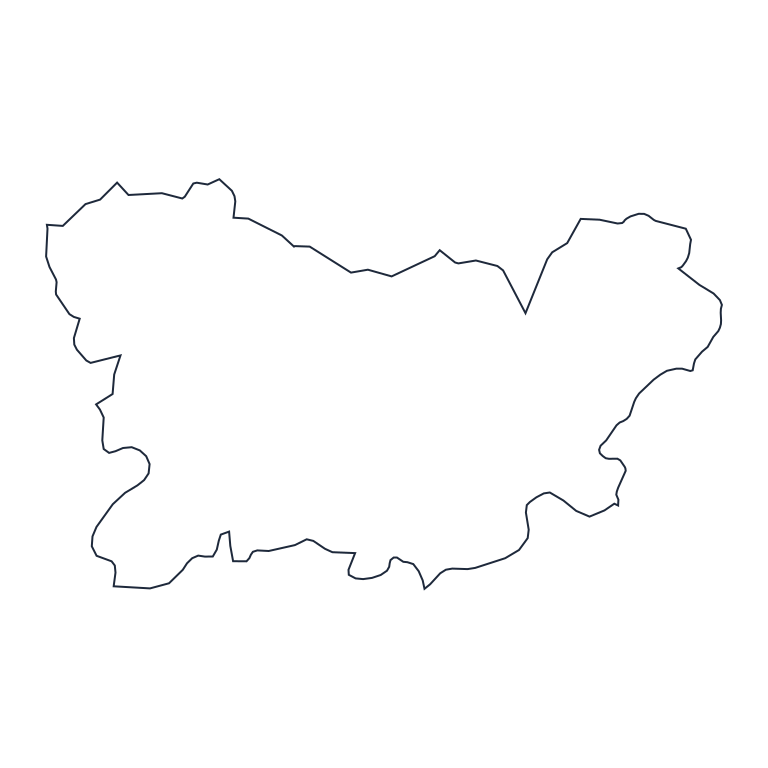 the Autonomous Community of Orense
{"feature_id": "ESP-5838", "entity_name": "Orense", "entity_type": "Autonomous Community", "adm_level": 1, "iso_a3": "ESP", "parent_name": "Spain", "parent_adm1": "", "projection": "natural_earth1", "projection_center": [-7.513, 42.192], "detail": "fine", "context": "isolated", "style": "outline", "palette": "slate", "viewbox_px": 768, "rotation_deg": 0, "n_neighbors": 0, "source": "natural_earth", "source_scale": "10m", "svg_char_len": 2719}
<svg xmlns="http://www.w3.org/2000/svg" viewBox="0 0 768 768"><path d="M109.1,452.9L103.7,449.0L102.3,440.4L103.7,417.5L99.9,409.5L96.1,404.4L112.6,394.0L114.2,374.5L120.5,355.4L90.6,362.9L86.3,360.5L76.9,349.7L74.3,344.6L73.9,338.1L79.7,318.7L73.8,316.9L69.4,314.1L56.1,294.5L55.8,291.5L56.6,282.2L56.0,279.5L49.5,267.0L46.1,256.5L47.5,228.6L46.9,224.8L62.8,225.9L85.5,204.1L100.1,199.6L117.1,182.6L128.5,195.0L161.9,193.2L182.3,198.5L184.8,196.7L193.3,183.5L196.8,182.7L207.7,184.5L219.3,179.2L231.9,190.8L234.5,196.2L235.3,201.4L233.5,217.7L248.3,218.6L281.9,235.5L294.0,246.6L294.7,246.1L309.7,246.6L351.0,272.6L367.9,269.7L391.6,276.4L434.7,256.2L439.7,250.2L455.1,262.5L458.4,263.4L475.9,260.5L497.4,266.0L503.1,270.4L525.5,313.2L547.2,259.3L552.2,252.3L567.2,243.1L580.7,218.9L599.5,219.7L617.6,223.5L622.2,223.0L623.9,221.6L624.6,220.4L626.5,218.7L630.5,216.4L638.7,213.8L644.2,213.9L648.6,215.8L653.8,219.9L655.7,220.9L685.8,228.7L691.0,239.8L690.2,244.0L689.2,253.1L687.8,257.7L686.0,261.2L682.8,265.6L681.4,267.1L678.3,268.4L699.4,284.9L713.6,293.5L719.9,300.1L721.9,304.9L720.9,308.8L720.7,312.8L721.1,320.4L720.9,324.1L719.9,327.7L718.3,331.1L713.3,336.9L707.7,346.9L702.0,351.7L695.3,359.4L694.0,363.4L692.7,370.3L690.3,371.0L682.2,368.7L676.2,368.7L666.9,370.8L660.3,374.7L653.6,379.7L639.1,393.5L635.9,398.2L634.2,401.9L629.6,415.7L626.7,418.9L623.2,421.1L619.7,422.5L616.5,425.3L606.2,440.4L600.6,445.7L599.1,449.8L599.9,453.3L602.7,456.0L605.7,458.2L608.9,458.8L617.4,458.7L620.3,460.4L624.7,466.8L625.4,468.4L625.7,470.8L618.2,487.6L616.8,491.6L616.3,494.7L618.4,499.7L618.1,505.4L618.1,505.5L614.3,503.7L604.5,510.4L589.5,516.6L576.2,510.9L563.4,500.5L549.8,492.5L543.8,493.4L536.4,497.3L529.9,502.0L526.8,505.1L525.9,512.5L528.7,529.7L527.7,538.1L522.9,544.7L519.0,550.0L505.2,558.2L475.2,567.9L467.6,569.1L452.3,568.6L445.9,569.7L440.2,573.3L430.1,584.3L424.5,588.8L422.7,580.4L418.7,571.2L413.3,564.1L407.4,562.2L403.3,561.8L396.9,557.5L393.7,557.5L390.5,560.1L389.7,563.2L389.2,566.8L387.0,570.7L380.7,575.0L372.0,577.9L363.1,579.1L355.6,578.4L348.8,574.8L348.5,569.8L355.1,553.1L332.4,552.2L325.0,548.8L313.3,540.9L306.7,539.3L294.9,545.1L268.7,551.0L257.3,550.4L252.9,551.8L250.9,554.7L249.4,558.1L246.5,561.3L233.1,561.2L230.3,545.9L229.1,531.6L220.8,534.6L218.8,540.7L216.8,549.6L212.8,556.5L204.9,556.6L198.2,555.6L192.2,558.2L187.0,563.3L182.8,569.8L169.0,583.3L168.2,583.5L150.0,588.4L113.7,586.3L113.8,585.3L115.5,572.6L114.8,565.5L111.6,561.3L96.6,555.8L91.8,546.3L92.5,536.4L96.5,526.9L112.8,504.2L125.1,492.8L137.4,485.4L144.1,480.1L148.6,473.4L149.6,464.1L146.2,456.2L139.8,450.4L131.7,447.2L123.0,448.0L115.5,451.2L109.1,452.9Z" fill="none" stroke="#1e293b" stroke-width="2"/></svg>